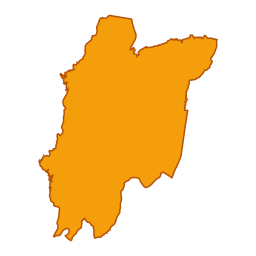 the district of Huazalingo, Hidalgo, Mexico
{"feature_id": "50627088B24413335257695", "entity_name": "Huazalingo", "entity_type": "district", "adm_level": 2, "iso_a3": "MEX", "parent_name": "Mexico", "parent_adm1": "Hidalgo", "projection": "equal_earth", "projection_center": [-98.497, 20.994], "detail": "fine", "context": "isolated", "style": "filled", "palette": "amber", "viewbox_px": 256, "rotation_deg": 0, "n_neighbors": 0, "source": "geoboundaries", "source_scale": "gbopen_adm2", "svg_char_len": 5590}
<svg xmlns="http://www.w3.org/2000/svg" viewBox="0 0 256 256"><path d="M217.0,39.6L214.7,39.2L214.5,38.8L213.6,39.1L211.6,38.2L207.7,38.3L205.2,35.6L204.6,35.5L204.1,36.1L203.4,38.0L202.1,38.7L201.6,37.3L199.9,37.4L199.8,37.1L198.9,37.2L198.6,37.6L198.0,37.7L196.6,37.3L194.3,37.5L194.1,38.1L193.1,36.2L192.2,35.1L190.3,35.2L190.1,36.7L189.1,38.0L186.8,38.4L185.1,39.2L182.6,39.6L182.1,42.1L181.7,42.6L181.1,40.6L180.5,40.0L177.6,40.4L177.6,39.4L176.7,38.9L175.5,39.9L175.1,39.8L175.5,39.2L174.9,39.0L173.8,39.4L173.2,40.1L172.3,39.1L171.2,38.9L170.8,39.0L170.0,40.0L167.6,41.0L167.0,42.4L164.8,43.3L164.3,43.2L163.1,43.9L161.5,44.2L160.4,45.1L159.5,45.3L159.6,45.0L158.7,44.8L157.5,46.1L154.5,46.0L153.1,46.8L151.4,47.3L150.3,47.1L149.6,47.5L148.4,47.6L146.5,46.9L146.4,47.6L145.9,47.7L145.7,47.1L144.5,47.4L143.9,48.2L140.8,49.7L138.3,52.4L138.5,52.8L138.8,55.0L137.9,55.3L136.9,56.3L137.0,54.7L136.0,54.1L135.2,54.2L133.6,53.5L134.1,52.8L133.5,51.8L133.7,50.9L135.0,50.8L134.7,49.3L133.8,47.8L132.3,49.1L132.4,48.4L130.7,49.6L130.1,49.7L131.1,46.4L132.1,45.5L132.8,43.7L134.6,40.7L135.9,37.5L135.9,36.3L135.9,33.9L134.6,30.8L133.1,26.0L132.0,21.6L132.0,20.5L131.5,19.1L109.2,15.4L107.5,17.1L105.8,18.1L104.0,18.4L102.4,17.6L100.3,18.4L99.2,20.4L98.5,22.9L96.7,27.1L96.6,28.0L97.1,30.6L97.0,32.2L96.1,34.9L95.1,35.4L92.4,35.8L91.3,39.9L86.5,44.0L85.2,46.1L85.3,48.0L84.9,50.7L85.5,52.3L84.5,55.4L83.1,57.0L83.3,58.1L82.1,59.2L79.8,60.5L78.6,62.7L77.1,62.2L76.6,64.2L75.7,65.1L73.6,64.4L73.2,65.1L73.4,68.3L73.2,69.3L73.9,69.4L72.5,70.3L71.3,69.9L70.0,71.2L69.7,71.2L69.6,70.5L69.2,70.1L68.1,71.1L67.4,71.4L67.0,72.3L65.1,72.5L65.0,73.7L65.9,74.5L65.6,74.8L66.1,77.0L64.8,77.4L65.2,75.0L64.4,75.0L63.9,75.8L62.8,75.2L62.6,75.4L61.6,74.1L60.5,73.7L60.3,74.5L60.6,75.0L61.0,74.9L60.8,75.7L61.5,76.4L62.0,75.8L62.4,76.3L61.9,76.9L62.2,77.0L62.0,77.6L62.2,78.1L62.9,77.8L63.3,78.8L64.0,78.6L63.5,79.6L63.5,80.5L64.0,81.5L63.9,82.4L64.2,82.5L63.7,83.6L64.9,84.1L65.4,83.0L66.6,82.2L67.2,82.4L66.7,83.1L66.4,85.2L66.3,87.0L66.7,87.2L66.4,89.6L66.0,89.5L65.8,90.0L67.0,90.4L67.8,90.2L68.2,89.3L68.3,89.8L68.1,90.4L67.2,91.0L67.4,91.4L67.0,92.5L67.3,92.8L67.0,93.8L65.9,95.3L65.1,96.7L65.3,96.9L63.7,99.1L63.1,101.1L63.0,102.6L63.4,105.0L65.5,108.0L65.6,108.7L64.4,109.6L64.1,110.3L64.2,114.2L63.5,117.3L63.6,119.3L63.4,122.5L61.6,126.5L61.8,128.1L62.6,129.1L63.0,131.5L62.8,132.5L60.8,135.1L60.4,135.1L60.1,135.6L59.2,135.0L58.7,133.8L57.6,134.0L57.2,134.5L57.1,136.8L57.6,139.0L56.7,141.9L56.8,143.2L56.1,144.7L55.9,147.6L55.4,148.4L54.8,148.5L54.3,149.2L53.7,149.3L53.6,149.0L52.9,149.9L52.8,150.5L52.3,150.7L51.3,150.9L49.8,150.5L49.3,151.0L49.1,151.6L50.0,153.6L50.0,154.7L48.7,156.2L48.0,156.3L46.7,155.5L44.5,156.3L44.0,155.8L44.1,156.3L43.7,157.0L43.1,157.2L42.5,158.0L42.5,159.0L42.0,158.9L41.5,160.7L41.1,160.3L40.5,161.1L39.8,160.1L39.0,161.5L39.4,162.5L39.8,162.7L39.7,163.2L40.0,163.7L39.9,164.9L40.3,165.4L40.5,166.2L41.5,166.8L42.9,169.5L44.9,170.0L46.1,171.8L48.3,169.6L48.5,169.9L47.4,170.7L47.5,171.0L47.3,171.9L47.6,171.8L47.6,172.5L48.0,172.4L48.5,173.6L48.9,173.5L49.0,173.8L48.6,174.1L48.4,175.4L48.7,175.4L48.9,175.8L49.3,175.2L50.2,177.3L50.7,176.6L50.4,176.4L51.7,176.1L51.6,175.7L51.8,175.6L52.3,175.7L53.2,174.6L52.0,176.8L51.4,176.9L51.5,177.7L52.1,177.7L51.6,178.2L50.9,178.5L51.2,177.5L50.2,177.7L49.5,177.2L48.9,179.5L49.7,180.8L50.9,179.7L51.0,179.2L51.3,179.5L51.2,180.2L50.4,181.4L50.4,182.0L51.5,180.9L51.9,181.1L51.7,181.9L50.6,182.1L49.8,183.9L49.9,184.6L49.6,187.6L49.4,187.8L50.1,188.5L50.7,187.4L51.7,188.3L51.1,188.1L50.5,188.5L50.2,189.7L49.8,189.9L50.0,190.8L50.4,190.7L50.0,191.6L50.0,194.0L49.6,194.6L49.7,196.9L50.5,197.9L50.4,199.6L51.1,201.3L53.8,203.1L54.0,204.4L53.7,205.4L54.3,206.1L56.6,206.5L58.9,207.4L59.5,208.7L58.8,216.6L57.0,223.2L57.8,225.3L58.0,227.6L57.8,228.4L53.6,236.2L54.4,236.8L56.7,235.5L58.2,235.7L60.3,234.9L62.9,230.7L64.0,229.6L64.8,229.6L66.0,228.3L67.0,228.4L68.3,229.0L69.0,229.9L69.0,232.1L68.4,233.5L67.4,234.6L65.3,235.8L67.3,238.0L70.8,240.6L71.7,239.9L72.3,237.4L73.9,235.4L75.8,233.9L76.6,232.6L77.5,230.5L81.2,227.8L81.9,223.2L81.6,220.8L82.8,220.4L83.3,219.1L83.8,219.1L83.7,219.5L84.6,218.4L85.9,220.6L87.5,222.2L89.6,222.5L91.3,225.1L93.2,226.2L93.4,228.1L94.0,230.1L93.9,234.5L94.5,237.7L95.7,238.1L96.1,237.6L97.8,237.2L100.7,237.2L102.6,235.3L103.9,234.9L104.4,233.9L105.5,233.2L106.8,233.1L107.4,231.6L108.4,231.1L109.3,230.0L110.0,229.9L110.4,227.8L111.8,226.0L113.1,225.3L114.5,223.8L115.4,222.1L117.2,216.5L119.7,212.8L119.9,209.3L120.4,208.0L120.3,203.6L121.4,200.2L121.5,197.6L120.9,194.9L121.1,191.2L122.8,189.7L123.8,186.9L124.4,184.4L124.4,183.7L124.1,183.0L125.8,181.6L128.7,180.4L130.8,177.9L134.3,177.5L137.4,177.8L139.3,178.8L140.6,181.8L143.8,186.3L145.0,187.2L146.0,187.5L147.8,187.0L150.1,185.5L152.0,183.9L154.9,180.6L156.9,178.8L159.4,177.5L160.4,175.8L161.1,173.0L163.5,172.3L171.9,177.7L175.6,168.4L176.7,166.9L176.9,165.8L178.4,162.9L181.0,156.0L185.3,125.5L187.7,110.4L184.5,110.3L184.9,108.1L185.2,107.8L184.9,107.5L184.7,105.4L185.7,105.0L185.5,102.9L185.0,102.0L186.4,101.9L185.8,99.4L186.3,99.0L187.0,99.2L185.9,97.7L186.4,97.5L185.9,96.1L186.4,95.7L186.0,92.6L186.5,92.3L186.6,90.5L187.5,89.3L188.3,87.6L188.1,86.1L188.8,85.0L189.1,84.0L189.2,81.1L190.4,79.7L191.7,80.3L192.6,79.8L195.7,79.4L197.4,77.7L198.9,77.7L203.2,73.0L204.4,70.7L206.9,69.8L209.6,67.5L210.1,65.1L210.5,64.5L211.0,64.3L212.3,61.5L211.3,60.6L210.7,58.8L210.8,58.1L211.3,57.3L211.9,57.2L213.0,55.0L213.9,54.2L216.2,48.1L216.7,46.1L216.6,41.0L217.0,39.6Z" fill="#f59e0b" stroke="#b45309" stroke-width="1.5"/></svg>